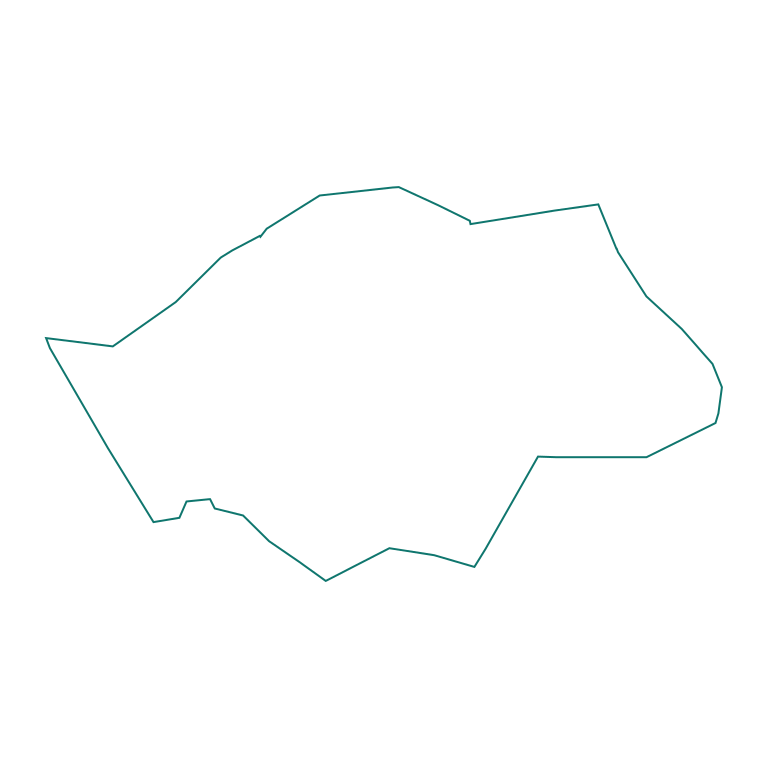 Oguzhan, Mary, Turkmenistan (Natural Earth projection)
{"feature_id": "10190150B14895102239013", "entity_name": "Oguzhan", "entity_type": "district", "adm_level": 2, "iso_a3": "TKM", "parent_name": "Turkmenistan", "parent_adm1": "Mary", "projection": "natural_earth1", "projection_center": [61.298, 37.395], "detail": "fine", "context": "isolated", "style": "outline", "palette": "teal", "viewbox_px": 768, "rotation_deg": 0, "n_neighbors": 0, "source": "geoboundaries", "source_scale": "gbopen_adm2", "svg_char_len": 868}
<svg xmlns="http://www.w3.org/2000/svg" viewBox="0 0 768 768"><path d="M49.9,348.1L107.9,448.1L153.5,522.1L179.4,517.8L183.1,509.3L186.5,501.5L187.2,501.4L209.3,499.2L210.1,499.2L214.3,507.6L214.8,508.5L243.1,515.5L244.1,516.5L269.1,541.2L290.5,555.9L299.7,562.2L303.7,565.1L325.7,580.9L326.4,580.6L352.8,567.0L374.6,555.8L389.4,548.2L389.9,548.3L434.2,555.2L455.1,561.3L474.0,566.8L474.4,566.9L485.6,548.8L538.0,456.6L556.3,457.2L646.5,457.2L715.5,423.0L718.4,413.4L721.6,389.6L721.9,387.2L712.5,363.9L702.5,352.6L696.5,345.7L681.8,329.0L646.4,296.4L624.6,262.5L618.0,252.2L616.7,248.7L616.4,248.7L598.3,204.4L554.4,210.6L470.5,224.1L469.8,220.8L438.1,205.2L398.8,187.1L392.6,187.5L319.7,195.5L266.7,228.7L260.4,236.8L259.8,235.9L232.3,250.4L221.0,257.4L220.2,258.1L175.8,302.0L112.8,346.4L46.1,338.1L49.9,348.1Z" fill="none" stroke="#0f766e" stroke-width="2"/></svg>